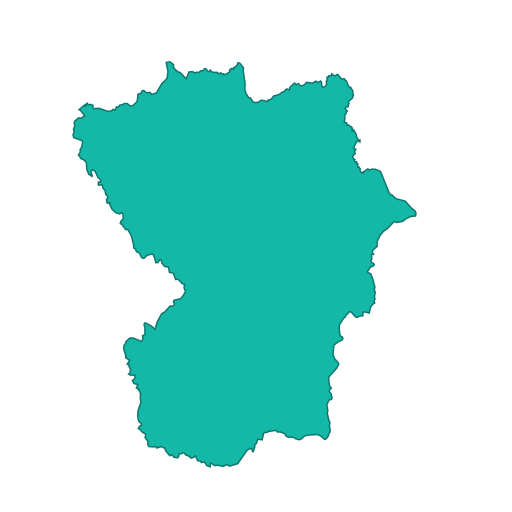 Maevatanana, Betsiboka, Madagascar, rotated 172°
{"feature_id": "10022922B61824869015313", "entity_name": "Maevatanana", "entity_type": "district", "adm_level": 2, "iso_a3": "MDG", "parent_name": "Madagascar", "parent_adm1": "Betsiboka", "projection": "mercator", "projection_center": [47.013, -17.22], "detail": "fine", "context": "isolated", "style": "filled", "palette": "teal", "viewbox_px": 512, "rotation_deg": 172, "n_neighbors": 0, "source": "geoboundaries", "source_scale": "gbopen_adm2", "svg_char_len": 6058}
<svg xmlns="http://www.w3.org/2000/svg" viewBox="0 0 512 512"><g transform="rotate(172 256 256)"><path d="M405.6,428.8L410.8,425.6L409.4,424.4L406.1,418.5L410.7,416.7L412.3,417.6L416.6,414.9L417.5,413.3L417.4,410.0L419.1,407.0L418.8,403.9L420.4,401.4L419.9,398.6L412.0,394.3L412.0,392.1L413.7,387.8L415.3,385.9L415.6,383.2L417.8,380.9L415.6,376.6L413.3,375.4L411.0,372.3L411.5,365.4L410.2,360.2L407.3,357.7L406.9,358.5L407.9,361.9L407.2,363.3L405.9,364.0L403.7,362.6L401.5,355.8L399.1,352.6L399.6,351.1L401.7,351.2L402.4,348.5L401.6,347.9L398.4,348.1L398.0,344.1L396.4,342.1L396.2,337.8L394.4,335.5L394.6,334.2L396.2,332.8L396.2,329.5L395.1,328.7L393.3,329.1L393.5,326.9L392.1,322.4L388.9,318.4L385.1,316.6L383.2,317.7L381.8,315.8L382.4,311.1L384.9,309.3L385.9,307.1L384.5,305.9L381.3,300.3L379.2,300.0L376.6,293.2L375.6,284.0L376.0,281.0L374.4,279.7L373.8,276.8L371.1,275.2L369.5,270.4L368.2,269.4L366.6,269.6L364.3,271.6L359.2,272.6L357.8,272.1L356.5,267.7L356.2,263.3L354.0,263.1L351.7,265.8L350.7,265.6L350.0,261.9L348.1,258.5L344.2,257.2L344.0,251.8L340.2,250.5L338.9,243.9L336.5,243.9L332.7,238.7L330.7,238.1L331.7,234.4L330.7,230.6L334.0,226.5L336.6,224.2L343.2,223.6L344.1,222.6L343.5,219.9L344.2,218.6L345.5,217.9L348.0,218.4L354.4,213.1L357.4,212.1L362.9,204.6L366.3,197.4L369.3,201.2L374.5,205.0L375.7,205.0L376.5,202.9L375.9,201.4L376.7,194.8L377.3,193.7L379.4,192.8L379.6,189.5L381.2,187.3L388.8,191.7L392.2,192.4L396.7,189.3L397.1,187.9L399.2,185.7L399.9,182.5L398.8,175.1L399.2,173.3L395.6,170.4L398.6,166.7L396.7,166.1L397.2,164.6L396.1,161.2L397.0,157.9L398.6,156.8L396.9,155.5L392.4,154.9L393.0,151.5L395.8,149.9L394.6,146.7L390.9,145.2L392.8,141.9L390.7,140.9L391.2,140.0L390.2,138.6L389.5,135.7L390.4,131.1L390.3,127.1L394.2,119.6L395.3,114.9L395.4,110.2L394.6,107.7L393.0,106.4L392.7,104.4L394.9,103.8L396.6,101.5L394.7,100.1L393.5,97.7L389.9,94.8L391.1,91.7L388.9,87.6L389.4,84.4L388.6,82.2L383.5,81.1L381.4,81.3L381.0,79.7L375.9,80.4L374.5,79.0L373.0,78.6L372.7,76.1L369.2,70.2L366.9,70.9L365.3,68.1L361.6,67.1L360.5,68.2L359.7,70.7L357.2,70.6L356.1,71.4L354.5,70.9L353.0,68.5L350.0,67.0L348.6,64.9L346.4,65.1L343.8,66.6L342.4,61.5L339.4,60.6L338.9,59.1L335.6,59.3L333.9,55.3L330.7,53.6L329.9,57.5L325.9,54.2L322.9,54.1L317.9,52.2L314.1,53.3L312.8,53.1L312.3,52.0L311.2,51.6L303.0,52.9L291.6,65.1L290.1,65.7L287.1,66.0L286.6,62.7L285.9,62.8L283.8,66.9L283.7,68.8L281.5,70.6L279.9,74.3L275.5,73.1L273.2,79.2L271.8,80.1L270.0,79.7L267.7,80.5L260.8,80.6L259.2,78.7L256.6,78.4L253.2,76.7L251.9,75.4L251.2,73.4L249.0,71.9L247.0,72.0L243.3,70.7L242.2,69.5L238.9,68.1L237.4,68.1L233.4,70.7L230.7,71.5L220.2,70.7L217.3,69.1L213.6,64.8L212.1,65.1L209.1,68.0L209.0,69.5L207.3,71.2L206.7,73.8L207.0,77.3L206.0,81.0L206.8,83.6L207.3,90.3L206.4,93.1L206.6,98.7L203.7,103.2L201.2,103.5L200.5,104.7L200.7,108.9L202.3,111.6L201.6,113.5L199.8,114.5L201.3,117.4L201.1,124.7L200.5,126.3L191.8,133.6L189.2,137.1L189.3,138.6L192.4,143.3L193.5,147.7L191.3,156.9L186.7,159.5L182.6,160.7L181.4,162.1L181.7,163.7L183.5,165.1L183.9,167.2L183.6,173.5L182.8,176.4L177.8,182.3L175.8,183.3L175.2,185.2L173.1,186.0L171.4,187.9L169.4,187.1L165.9,181.8L164.6,181.2L161.1,182.1L158.5,181.9L157.8,185.5L155.9,185.4L151.8,183.7L149.7,189.4L147.2,191.9L144.9,193.0L145.4,195.1L144.1,196.8L144.4,199.4L142.9,203.3L143.6,206.1L142.6,208.5L143.5,216.5L144.8,222.4L147.4,224.0L147.8,225.3L143.7,229.4L141.7,229.6L140.1,230.8L140.3,231.8L143.2,234.4L141.7,237.0L141.6,241.3L139.4,241.3L140.2,243.3L139.9,245.2L134.7,248.7L134.2,253.2L130.3,259.0L126.5,262.6L121.3,265.4L114.4,271.0L112.0,269.6L106.0,269.9L102.1,272.1L97.4,273.6L92.5,273.4L91.6,276.1L92.4,278.8L95.2,281.5L100.6,289.6L109.5,293.3L112.4,297.1L115.1,298.9L120.9,322.4L125.8,325.3L129.0,325.9L131.7,325.4L133.1,326.7L137.6,324.5L138.4,322.9L139.7,324.4L140.7,324.5L141.2,326.5L140.6,327.7L141.8,329.9L142.9,329.6L142.4,333.3L143.6,333.8L143.3,335.3L144.7,335.4L145.4,336.4L144.6,337.6L146.0,338.8L146.5,341.6L143.4,343.7L144.1,345.4L142.3,347.8L144.5,348.8L142.4,352.6L140.1,355.4L138.2,355.5L137.3,354.5L136.9,356.4L138.2,356.5L139.1,358.0L140.0,360.7L139.6,362.1L141.7,367.2L143.3,366.4L143.5,367.9L142.8,368.7L143.3,370.3L146.2,372.9L148.0,373.1L147.7,375.2L149.9,376.0L148.7,380.6L148.9,382.6L147.0,384.4L146.3,386.5L145.5,386.7L147.2,390.1L146.1,391.2L144.4,390.8L143.5,391.9L143.6,393.4L142.7,393.8L143.0,396.0L138.6,398.9L137.0,402.0L138.0,402.7L137.2,404.3L137.4,406.8L138.7,408.7L138.6,409.7L139.5,409.8L140.9,411.6L142.2,416.8L143.1,417.5L143.4,418.9L146.8,419.6L149.7,424.3L150.3,424.6L152.7,423.1L155.8,425.8L156.3,424.1L159.0,424.3L159.6,423.0L160.9,423.1L160.9,420.9L162.2,419.0L162.1,416.3L163.6,414.6L166.0,413.5L167.1,414.8L167.0,419.2L167.7,420.3L170.5,419.2L172.3,420.8L176.2,419.3L181.5,421.0L184.6,418.7L187.1,418.1L189.1,419.0L189.7,420.8L192.2,420.0L193.8,421.9L198.9,418.4L199.9,415.8L202.1,417.1L203.5,416.7L205.1,414.9L207.3,414.6L210.8,412.6L216.3,412.0L219.3,409.0L222.3,408.8L223.0,407.3L228.8,409.6L232.6,407.9L235.1,408.0L237.6,409.0L239.5,413.3L241.2,413.7L243.3,418.5L243.8,422.6L242.8,428.5L242.9,440.5L242.2,444.2L245.3,449.3L247.0,449.9L247.5,448.3L250.3,446.0L252.0,445.7L252.3,444.1L254.4,445.1L256.3,443.8L256.4,442.1L257.1,441.6L260.3,440.2L262.7,440.2L262.9,440.9L264.5,441.0L265.2,442.2L267.9,441.7L268.7,443.2L273.9,444.1L275.3,446.5L277.0,445.0L278.3,445.8L279.2,448.1L280.8,448.7L283.6,446.5L285.1,447.1L286.9,445.7L289.0,446.3L291.4,445.8L293.0,447.4L296.7,447.6L300.5,441.2L305.8,448.6L307.2,448.5L308.2,450.2L309.2,450.6L311.5,454.4L310.9,456.9L314.4,460.4L318.0,460.1L317.5,450.8L319.4,444.2L325.4,439.7L331.9,431.4L336.7,430.5L338.2,432.8L341.1,432.8L343.1,434.1L344.1,435.6L345.9,435.4L347.2,433.2L350.3,432.7L352.2,425.5L357.3,421.9L359.9,422.1L362.2,424.9L365.2,425.3L367.4,424.4L370.0,424.4L371.3,422.7L373.4,423.1L375.0,420.2L377.3,421.1L379.2,419.7L383.1,420.1L390.8,424.1L396.3,424.5L396.9,425.4L396.4,427.7L398.3,429.1L401.3,429.1L401.7,430.7L404.4,429.5L403.4,428.9L404.0,427.9L405.6,428.8Z" fill="#14b8a6" stroke="#0f766e" stroke-width="1.5"/></g></svg>